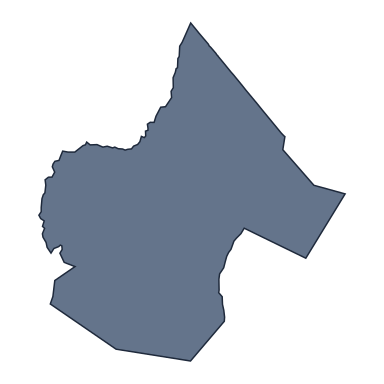 outline of Takhtakupir, Karakalpakstan, Uzbekistan
{"feature_id": "79887680B8081809775743", "entity_name": "Takhtakupir", "entity_type": "district", "adm_level": 2, "iso_a3": "UZB", "parent_name": "Uzbekistan", "parent_adm1": "Karakalpakstan", "projection": "orthographic", "projection_center": [60.944, 43.185], "detail": "fine", "context": "isolated", "style": "filled", "palette": "slate", "viewbox_px": 384, "rotation_deg": 0, "n_neighbors": 0, "source": "geoboundaries", "source_scale": "gbopen_adm2", "svg_char_len": 1584}
<svg xmlns="http://www.w3.org/2000/svg" viewBox="0 0 384 384"><path d="M116.1,349.2L190.5,361.0L224.3,321.3L224.6,317.2L223.8,310.3L222.5,304.4L222.2,296.7L218.7,292.7L219.1,290.1L218.9,279.4L219.6,273.9L223.7,267.8L225.2,261.9L226.7,256.4L228.6,252.5L231.0,249.3L233.9,241.2L236.3,238.3L240.9,233.7L244.2,228.2L305.8,258.2L345.1,193.9L313.9,185.3L282.8,149.7L284.9,136.6L284.3,136.2L283.0,134.9L281.2,133.0L262.5,110.3L257.0,103.5L246.0,90.3L242.2,85.5L235.0,76.7L233.8,75.2L230.8,71.8L222.9,62.1L218.0,56.2L217.9,55.8L216.6,54.6L216.1,53.6L210.9,47.5L209.1,45.8L209.1,45.7L208.3,44.1L198.6,32.7L196.7,30.3L190.7,23.0L182.2,42.2L179.7,46.2L179.2,56.5L177.9,58.5L177.5,67.7L176.1,68.7L175.3,72.4L173.1,77.7L173.3,87.7L171.1,91.3L171.6,97.6L165.5,106.7L160.7,107.2L156.0,116.2L154.1,122.4L150.2,122.3L147.4,124.2L148.0,128.3L147.9,130.3L145.5,131.1L145.7,136.0L144.3,137.6L141.4,136.4L139.9,141.7L137.6,144.5L133.6,146.1L131.5,148.9L127.7,149.3L125.1,150.1L122.6,149.0L118.2,148.7L114.8,147.1L112.6,147.9L107.2,146.2L102.9,147.1L97.0,144.6L90.2,144.9L86.7,142.1L85.4,144.8L83.0,145.6L74.8,152.1L68.1,152.1L62.7,151.1L60.9,155.4L59.0,160.4L54.9,161.3L53.1,164.0L52.3,166.8L54.7,172.1L52.0,177.1L48.4,177.2L45.1,179.8L45.8,185.2L44.9,192.9L43.3,194.7L42.0,198.6L41.2,207.5L41.2,211.7L38.9,215.2L40.7,218.6L44.2,220.9L42.5,226.4L44.6,228.3L42.4,233.8L43.0,237.2L46.1,242.5L47.1,247.3L51.0,253.1L53.9,248.5L58.7,246.6L60.3,245.1L61.8,245.8L62.2,249.4L59.9,253.2L64.2,262.4L75.0,266.6L54.8,280.5L52.9,296.5L50.3,304.0L116.1,349.2Z" fill="#64748b" stroke="#1e293b" stroke-width="1.5"/></svg>